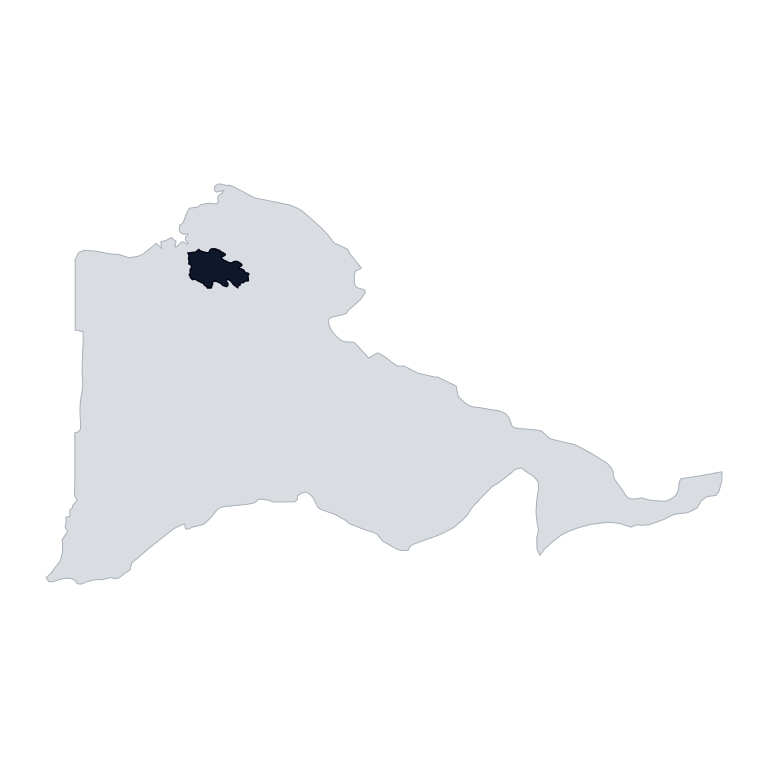 location of Nkam, Littoral, Cameroon, rotated 90°
{"feature_id": "32672807B89475673783386", "entity_name": "Nkam", "entity_type": "district", "adm_level": 2, "iso_a3": "CMR", "parent_name": "Cameroon", "parent_adm1": "Littoral", "projection": "robinson", "projection_center": [10.192, 4.582], "detail": "fine", "context": "in_parent", "style": "filled", "palette": "ink", "viewbox_px": 768, "rotation_deg": 90, "n_neighbors": 0, "source": "geoboundaries", "source_scale": "gbopen_adm2", "svg_char_len": 5448}
<svg xmlns="http://www.w3.org/2000/svg" viewBox="0 0 768 768"><g transform="rotate(90 384 384)"><path d="M185.1,539.4L186.6,534.8L197.9,513.2L204.9,478.6L208.2,470.5L211.5,465.1L227.9,446.7L234.0,440.8L242.8,434.1L249.1,420.6L251.2,419.2L254.0,418.0L268.1,406.6L269.4,408.8L270.3,411.5L271.3,412.8L275.9,413.7L282.2,413.6L285.8,412.8L287.7,410.5L289.7,404.1L290.8,402.9L292.3,402.6L299.1,407.1L310.4,419.6L313.3,421.8L314.5,424.3L317.0,435.7L318.4,438.5L320.8,439.7L325.2,438.9L329.8,436.9L333.8,434.0L337.8,430.2L340.5,426.8L341.6,424.3L342.2,415.0L343.1,413.0L357.8,399.5L357.4,398.2L355.0,394.4L352.9,390.2L355.1,385.9L357.3,382.6L365.8,371.4L366.3,363.2L373.1,350.5L377.0,333.6L377.1,330.4L386.0,311.8L395.3,310.1L398.9,307.5L403.1,302.9L405.7,298.6L407.0,294.5L407.9,286.7L409.5,277.7L410.6,269.8L413.4,262.6L418.0,258.9L426.2,255.8L427.4,254.4L428.5,249.6L429.7,233.5L431.0,226.4L438.6,218.4L441.8,205.8L444.8,192.7L453.3,176.8L463.2,161.0L467.9,156.7L471.8,154.8L476.3,154.5L479.4,153.4L490.1,145.5L494.6,142.8L497.9,140.1L498.7,137.7L499.0,134.2L497.9,126.1L499.8,120.1L500.8,110.8L501.3,103.6L500.9,101.1L498.8,96.8L495.6,92.3L490.2,89.6L482.8,88.9L478.8,87.3L477.4,78.9L476.8,73.7L471.8,46.1L481.1,46.1L492.4,49.4L495.3,51.9L496.8,61.4L500.9,66.7L508.1,71.1L512.6,80.2L514.4,94.0L518.4,102.3L519.3,103.6L524.9,119.2L525.3,126.3L524.8,131.2L527.1,137.2L523.7,147.4L522.7,153.7L522.5,162.5L524.6,178.1L527.9,190.1L531.5,199.8L535.5,207.4L542.0,215.7L548.9,223.3L555.3,228.1L549.4,230.9L537.9,231.3L531.3,229.6L528.1,229.6L524.9,230.6L512.7,232.0L500.3,231.3L488.8,229.4L481.8,229.8L476.4,234.4L472.0,241.3L467.9,246.8L469.4,252.9L472.5,256.3L478.4,263.7L483.8,270.9L486.5,275.8L497.2,286.3L507.5,295.8L512.3,299.1L514.1,299.8L519.7,305.2L527.5,314.1L534.6,328.0L544.7,355.9L546.8,358.2L550.3,359.7L550.7,362.6L550.4,367.0L549.4,370.5L541.4,385.1L534.5,390.7L532.5,394.1L529.9,402.6L523.5,419.1L520.8,421.5L514.6,432.7L509.5,446.9L508.2,449.1L506.1,450.8L498.8,454.3L496.3,456.0L492.6,460.5L492.1,463.3L493.8,467.4L495.9,470.6L499.8,470.6L501.9,473.6L501.9,495.5L500.2,498.9L500.2,500.3L499.4,504.1L499.1,508.3L499.7,510.0L501.2,511.4L503.2,514.3L504.3,521.0L506.8,544.7L508.0,548.5L510.0,551.1L516.5,556.2L523.3,562.9L525.4,567.3L526.7,574.5L529.2,580.1L529.2,582.0L528.1,582.7L523.9,583.2L525.3,587.3L528.8,594.4L546.1,616.4L562.7,635.9L566.6,637.3L569.5,637.8L570.7,639.0L572.3,641.8L577.8,648.9L578.8,653.0L577.6,656.9L578.9,663.0L579.8,665.2L579.5,667.2L580.1,674.7L581.7,681.2L584.1,686.7L583.8,690.6L580.6,692.8L578.7,696.4L578.2,701.4L579.2,707.6L581.6,714.8L581.7,719.1L577.7,721.9L573.3,717.0L568.4,713.6L561.0,707.8L553.6,705.7L544.1,705.3L540.0,706.0L532.9,701.3L530.6,700.6L527.4,702.6L525.3,702.7L522.6,701.9L517.1,702.0L516.6,698.6L515.7,698.0L509.8,698.3L508.0,695.5L507.2,695.8L504.9,694.9L500.2,690.9L495.2,693.6L484.9,693.2L432.9,693.2L431.7,689.4L429.1,687.5L424.4,687.4L410.6,688.1L400.1,687.5L393.0,686.1L384.1,685.2L373.3,685.9L362.1,685.8L342.2,684.8L331.1,685.0L331.4,687.2L330.7,688.9L330.1,692.8L259.5,692.8L253.8,690.1L252.0,688.4L251.5,685.1L250.2,684.7L251.3,670.8L253.7,659.2L254.6,648.4L257.9,638.8L256.1,629.3L254.1,625.1L243.4,611.6L248.3,606.5L241.9,607.2L240.5,602.2L237.4,596.2L239.3,595.2L241.1,591.9L247.0,592.9L246.8,591.3L241.8,586.2L242.2,583.7L244.3,580.8L243.3,579.6L239.7,582.6L237.1,582.5L235.1,580.6L233.6,580.3L234.5,584.1L232.5,587.6L230.5,588.8L227.2,588.6L224.5,587.7L223.8,585.8L221.3,584.3L214.2,581.8L208.3,578.8L207.1,570.5L204.7,567.0L203.8,563.0L203.2,558.4L204.0,551.4L202.5,550.2L200.8,549.9L198.2,550.2L195.8,549.8L193.0,545.9L190.5,544.4L192.1,551.6L190.3,553.6L186.0,553.0L184.2,550.3L183.9,548.3L185.8,539.6L185.1,539.4Z" fill="#d9dde1" stroke="#a8b0b8" stroke-width="1"/><path d="M287.6,530.2L286.3,530.0L285.5,529.8L285.2,528.2L284.8,527.8L283.8,528.4L283.0,527.6L282.6,525.0L282.3,524.2L281.1,522.9L280.8,521.7L280.9,520.1L280.5,519.6L277.9,519.8L276.6,520.3L274.9,519.5L273.7,519.3L273.1,520.3L272.8,522.6L269.9,524.5L268.5,527.7L268.2,528.8L266.8,528.8L265.8,526.4L264.8,526.2L264.3,526.5L264.1,526.7L263.1,527.9L262.3,529.0L261.4,531.3L261.6,534.2L262.8,536.0L263.0,537.2L262.9,537.5L262.7,538.6L262.2,540.0L261.3,541.7L260.2,544.1L258.6,546.4L257.6,546.6L256.8,545.9L256.3,545.0L255.6,543.7L255.0,542.8L254.2,542.8L253.0,544.6L252.3,545.7L252.2,546.4L251.7,547.1L251.0,547.9L250.3,548.6L249.9,550.3L248.9,552.3L248.8,555.8L249.1,556.9L250.1,558.0L252.5,559.0L252.8,561.3L252.0,564.4L250.8,567.9L249.5,569.2L252.2,572.5L252.6,576.6L252.8,577.8L253.0,580.0L253.6,579.8L254.2,579.5L256.1,578.8L256.7,579.2L257.2,579.1L257.8,579.0L258.7,579.5L259.1,579.4L259.9,578.8L261.3,579.0L263.0,578.9L263.6,579.2L264.0,579.0L264.1,578.5L265.0,577.0L266.2,576.6L267.2,576.5L268.5,576.9L269.1,577.7L270.3,577.7L272.0,577.9L272.8,577.5L274.4,578.4L275.0,578.7L275.9,577.7L277.3,577.7L278.7,576.3L279.4,575.9L279.7,575.3L279.1,574.4L279.2,573.2L279.7,571.7L280.1,571.2L280.6,570.6L281.6,568.5L281.8,567.8L282.0,567.5L282.7,566.3L283.3,564.6L285.3,563.4L286.0,562.2L286.2,561.4L288.0,560.6L288.0,558.8L287.9,557.3L288.0,556.9L287.3,556.6L286.5,556.3L285.8,556.2L284.2,555.4L283.0,555.6L281.6,554.9L281.2,554.0L281.1,553.7L281.3,551.9L282.0,549.8L283.2,547.5L284.4,545.8L285.3,545.5L286.1,542.9L286.6,541.4L285.5,540.2L283.5,540.1L280.5,542.3L279.4,542.1L280.0,538.4L281.7,536.6L284.5,534.6L286.8,531.5L287.0,531.4L287.6,530.2Z" fill="#0f172a" stroke="#020617" stroke-width="1.5"/></g></svg>